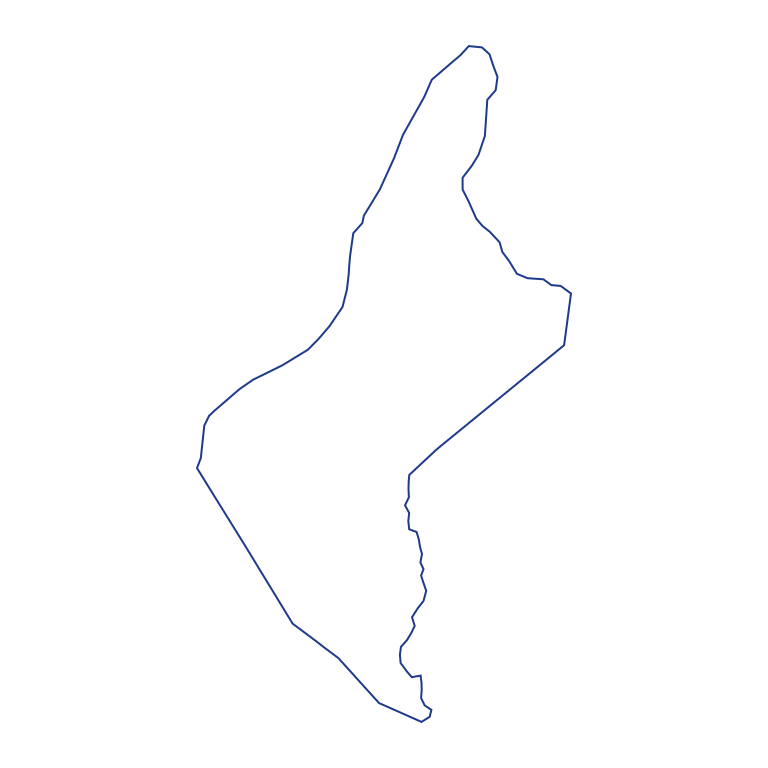 the district of Porto, Piauí, Brazil
{"feature_id": "56859067B55795735000748", "entity_name": "Porto", "entity_type": "district", "adm_level": 2, "iso_a3": "BRA", "parent_name": "Brazil", "parent_adm1": "Piauí", "projection": "mercator", "projection_center": [-42.697, -3.945], "detail": "fine", "context": "isolated", "style": "outline", "palette": "blue", "viewbox_px": 768, "rotation_deg": 0, "n_neighbors": 0, "source": "geoboundaries", "source_scale": "gbopen_adm2", "svg_char_len": 1328}
<svg xmlns="http://www.w3.org/2000/svg" viewBox="0 0 768 768"><path d="M350.9,250.1L350.0,256.7L349.1,267.6L348.7,274.2L346.9,289.7L342.5,307.0L329.3,326.4L318.2,339.3L307.9,349.7L282.3,365.3L252.9,379.8L239.4,389.2L214.6,410.6L209.1,415.8L204.3,425.6L200.8,458.1L197.0,468.1L215.3,497.7L244.3,544.4L292.6,623.6L316.0,641.1L324.6,647.8L338.5,658.2L366.3,689.0L379.1,703.1L421.5,721.9L429.7,716.8L431.4,709.9L424.6,705.3L421.1,698.0L421.7,689.8L421.5,682.7L420.6,675.6L411.8,677.2L407.2,671.9L400.6,663.0L399.9,654.6L401.0,646.8L406.9,640.2L411.4,632.8L414.7,625.9L412.0,617.2L418.0,607.9L423.5,601.0L426.2,590.9L423.5,582.9L421.1,575.6L423.5,569.1L420.4,562.5L422.0,553.9L420.0,546.9L418.9,539.7L416.6,532.0L409.2,529.3L408.3,520.9L409.2,513.0L405.0,505.3L408.9,497.3L408.5,488.6L408.7,481.3L409.3,474.9L436.1,449.9L441.1,445.7L539.2,365.6L564.1,345.2L571.0,293.5L560.6,285.9L551.3,285.1L543.4,279.3L527.5,278.2L516.9,273.8L509.2,261.2L502.3,251.9L499.6,242.3L489.8,231.8L482.5,226.0L476.3,218.7L468.5,201.2L462.6,189.5L462.6,177.7L471.9,165.6L478.5,154.8L484.9,135.9L487.3,99.8L495.7,90.1L497.5,76.9L493.3,65.8L489.5,54.3L482.0,47.4L468.8,46.1L460.5,55.1L452.0,62.3L431.8,79.7L424.2,97.0L403.0,134.8L394.0,158.3L379.8,189.5L363.9,215.6L362.3,223.1L353.3,233.2L350.9,250.1Z" fill="none" stroke="#1e3a8a" stroke-width="2"/></svg>